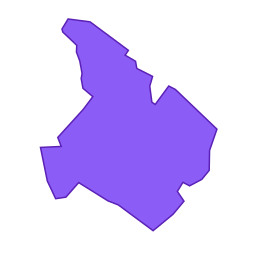 Khiva city, Khorezm, Uzbekistan, rotated 105°
{"feature_id": "79887680B59806370896431", "entity_name": "Khiva city", "entity_type": "district", "adm_level": 2, "iso_a3": "UZB", "parent_name": "Uzbekistan", "parent_adm1": "Khorezm", "projection": "albers", "projection_center": [60.357, 41.382], "detail": "fine", "context": "isolated", "style": "filled", "palette": "violet", "viewbox_px": 256, "rotation_deg": 105, "n_neighbors": 0, "source": "geoboundaries", "source_scale": "gbopen_adm2", "svg_char_len": 655}
<svg xmlns="http://www.w3.org/2000/svg" viewBox="0 0 256 256"><g transform="rotate(105 128 128)"><path d="M158.5,43.4L147.9,38.6L128.6,43.4L106.1,41.8L78.5,92.2L76.9,99.5L98.2,107.8L96.9,111.6L82.0,117.8L71.8,117.6L68.2,134.9L61.6,138.0L58.4,149.6L52.9,147.7L35.3,192.1L38.2,214.1L49.5,217.4L52.2,215.8L61.4,198.9L67.9,197.5L75.8,191.9L87.2,186.5L92.4,186.0L101.3,181.8L106.8,170.1L118.3,174.7L121.7,176.1L155.3,193.4L163.1,187.7L169.4,207.5L200.1,192.2L215.0,179.6L210.9,170.1L193.5,161.5L203.6,128.4L204.8,117.5L220.7,77.2L199.7,62.2L184.2,55.0L176.5,63.9L166.3,60.9L167.9,53.5L158.5,43.4Z" fill="#8b5cf6" stroke="#5b21b6" stroke-width="1.5"/></g></svg>